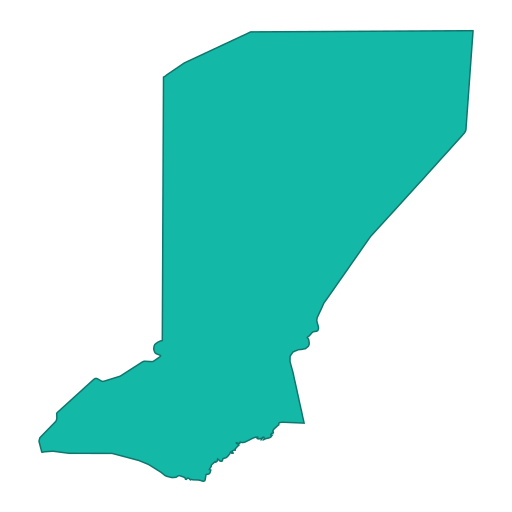 Diffa, orthographic projection
{"feature_id": "NER-796", "entity_name": "Diffa", "entity_type": "Department", "adm_level": 1, "iso_a3": "NER", "parent_name": "Niger", "parent_adm1": "", "projection": "orthographic", "projection_center": [13.155, 15.532], "detail": "fine", "context": "isolated", "style": "filled", "palette": "teal", "viewbox_px": 512, "rotation_deg": 0, "n_neighbors": 0, "source": "natural_earth", "source_scale": "10m", "svg_char_len": 3699}
<svg xmlns="http://www.w3.org/2000/svg" viewBox="0 0 512 512"><path d="M304.1,423.1L282.2,422.2L279.6,422.6L278.8,423.3L278.8,424.8L277.5,425.8L273.9,429.1L273.3,430.0L272.8,430.9L272.8,431.2L273.3,431.9L273.4,432.4L273.1,433.1L272.6,433.3L272.0,433.2L271.6,433.4L270.7,434.6L270.9,435.1L272.2,435.2L270.6,437.3L268.4,438.1L266.0,438.6L263.7,439.6L264.0,438.9L264.2,438.0L264.0,437.3L263.1,437.1L262.6,437.5L262.0,439.0L261.3,439.6L261.3,438.7L261.3,438.3L259.8,438.8L258.2,438.9L257.2,438.5L257.7,437.7L257.7,437.1L255.2,437.3L253.0,438.1L245.0,442.1L242.5,442.6L240.1,442.1L239.7,443.5L238.9,443.6L237.8,443.1L236.4,442.7L236.4,443.4L237.1,443.6L237.7,443.9L238.3,444.5L238.9,445.2L237.7,446.2L235.2,448.9L235.2,449.2L235.3,449.9L235.2,450.2L234.2,450.1L233.6,450.4L232.4,450.8L232.1,451.1L232.5,452.2L233.1,452.9L233.1,453.2L231.8,453.3L231.6,453.0L231.1,452.4L230.6,452.0L230.4,452.4L229.7,453.9L227.4,456.7L225.9,457.8L223.9,458.3L222.9,458.8L222.3,460.9L221.5,461.3L220.1,461.1L219.3,460.4L218.5,459.6L217.6,458.9L217.4,460.4L217.3,460.9L216.7,461.5L216.1,462.0L215.4,462.2L215.1,461.7L214.7,462.0L211.4,465.0L211.2,466.5L210.0,468.2L209.4,469.5L210.8,470.1L210.2,472.1L209.8,473.1L209.0,473.9L208.4,474.1L206.4,474.4L206.0,474.8L205.2,479.6L204.8,480.7L203.5,481.3L202.1,481.0L200.4,480.4L198.4,480.0L195.9,479.9L192.8,479.8L191.4,479.4L190.5,479.9L189.9,479.4L189.2,478.6L188.3,478.1L187.5,478.2L186.9,478.7L186.5,479.2L186.2,479.4L185.5,479.2L185.3,478.9L185.3,478.4L185.0,477.8L184.0,477.2L179.5,475.6L178.0,475.9L176.2,477.2L174.9,477.4L172.0,477.6L166.7,476.3L165.0,475.5L160.9,472.2L148.6,464.5L138.9,460.5L112.1,453.4L69.0,453.3L52.9,451.2L44.4,451.8L42.0,452.3L41.7,451.8L39.0,441.3L39.3,439.8L39.9,437.7L55.4,421.8L56.1,420.9L56.4,420.2L56.6,419.5L56.8,418.4L56.8,416.0L56.7,414.1L56.7,413.4L57.2,412.6L93.4,379.7L95.1,378.5L96.3,378.4L97.5,378.8L101.1,380.9L102.1,381.3L102.9,381.4L104.0,381.2L120.1,376.2L142.4,361.9L143.5,361.4L144.4,361.2L151.6,361.6L152.9,361.5L154.0,360.9L160.0,356.7L160.6,355.9L160.1,355.2L156.6,353.9L155.6,353.3L154.9,352.5L154.5,351.6L154.0,350.2L153.7,348.9L154.0,346.7L154.3,345.6L154.8,344.5L155.7,343.7L158.0,342.1L160.6,340.9L162.1,340.7L162.3,340.5L163.5,77.1L165.3,76.2L166.7,74.9L184.4,62.9L250.7,31.9L472.3,30.7L473.0,30.7L473.0,31.5L472.7,35.7L472.4,39.8L472.1,44.0L471.8,48.1L471.5,52.3L471.2,56.4L470.9,60.6L470.6,64.8L470.3,68.9L470.0,73.1L469.7,77.2L469.4,81.4L469.1,85.5L468.8,89.7L468.5,93.9L468.2,98.0L467.9,102.2L467.6,106.3L467.3,110.5L467.0,114.6L466.7,118.8L466.4,123.0L466.1,127.1L466.0,129.4L465.7,130.5L465.4,131.4L464.3,133.1L461.4,136.4L456.6,141.7L451.7,147.1L446.9,152.5L442.0,157.8L437.2,163.2L432.4,168.5L427.5,173.9L422.7,179.3L417.8,184.6L412.9,190.0L408.1,195.3L403.2,200.7L398.4,206.0L393.5,211.4L388.6,216.7L383.7,222.1L380.4,225.7L375.3,231.3L370.5,236.5L368.0,240.1L365.4,243.8L362.8,247.5L360.2,251.3L357.6,255.0L355.0,258.7L352.4,262.4L349.8,266.1L347.2,269.9L344.6,273.6L342.0,277.3L339.4,281.0L336.8,284.7L334.2,288.5L331.6,292.2L329.0,295.9L326.4,299.6L323.8,303.2L321.6,308.2L318.7,314.4L317.4,317.2L316.9,318.9L316.8,320.9L317.2,322.7L318.4,326.6L318.5,328.5L317.8,330.6L316.4,331.3L314.8,331.5L313.0,331.9L312.1,332.6L309.3,335.8L307.6,337.0L307.2,337.5L307.4,337.9L308.3,338.8L308.6,339.3L309.2,342.8L309.1,344.5L308.4,346.2L305.5,348.7L304.0,348.9L302.0,349.4L298.4,349.7L295.2,351.0L292.9,352.1L290.1,356.2L290.0,361.5L291.7,367.9L293.0,372.5L293.9,376.7L294.5,379.6L295.2,382.5L295.8,385.4L296.5,388.3L297.1,391.2L297.7,394.1L298.4,397.0L299.0,399.9L299.6,402.8L300.3,405.7L300.9,408.6L301.6,411.5L302.2,414.4L302.8,417.3L303.5,420.2L304.1,423.1Z" fill="#14b8a6" stroke="#0f766e" stroke-width="1.5"/></svg>